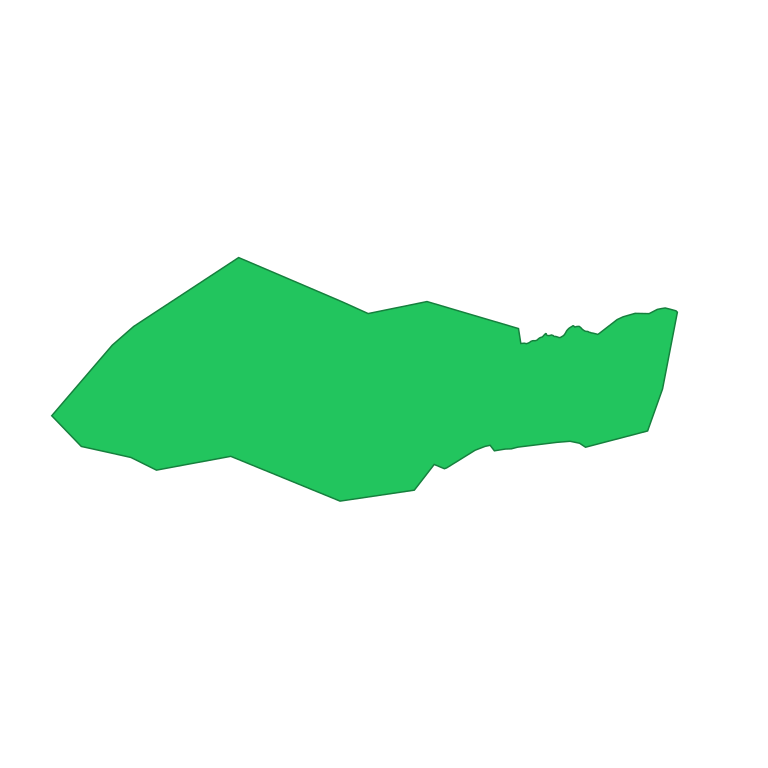 the district of Santa María Texcatitlán, Oaxaca, Mexico, rotated 225°
{"feature_id": "50627088B79643690823541", "entity_name": "Santa María Texcatitlán", "entity_type": "district", "adm_level": 2, "iso_a3": "MEX", "parent_name": "Mexico", "parent_adm1": "Oaxaca", "projection": "equal_earth", "projection_center": [-97.07, 17.719], "detail": "fine", "context": "isolated", "style": "filled", "palette": "green", "viewbox_px": 768, "rotation_deg": 225, "n_neighbors": 0, "source": "geoboundaries", "source_scale": "gbopen_adm2", "svg_char_len": 1623}
<svg xmlns="http://www.w3.org/2000/svg" viewBox="0 0 768 768"><g transform="rotate(225 384 384)"><path d="M164.4,537.2L183.5,577.4L227.3,642.2L229.3,642.2L234.6,639.2L238.9,636.6L241.1,633.6L243.5,630.0L246.3,621.2L256.4,611.5L262.4,600.7L264.7,594.4L267.6,571.5L268.0,570.1L269.1,569.6L270.6,568.7L272.4,567.6L273.4,566.8L274.8,566.2L275.6,565.6L276.7,565.4L277.1,565.2L278.0,564.4L278.9,563.7L280.5,563.2L281.9,563.0L283.1,562.9L283.9,563.0L284.6,563.0L285.7,562.9L286.6,562.8L287.3,562.2L287.8,561.6L288.6,560.6L289.0,559.8L289.4,559.2L289.7,559.1L290.6,559.2L291.2,559.1L291.6,558.7L291.8,557.6L292.2,556.2L292.6,554.2L292.6,552.1L292.4,550.5L291.9,548.9L291.5,547.3L291.3,546.0L291.4,544.6L291.8,543.1L292.2,541.6L293.0,540.6L294.0,540.2L295.6,539.4L296.5,538.8L297.0,538.2L297.5,537.9L298.6,537.9L299.4,537.5L300.2,537.1L300.9,535.9L301.5,534.9L302.5,534.1L303.1,533.8L304.1,533.6L304.7,533.8L304.9,534.2L305.3,534.0L305.4,533.5L305.4,532.9L305.4,531.6L305.3,530.1L305.4,529.0L306.1,527.8L306.6,526.4L306.8,524.6L306.8,523.4L307.2,522.4L307.5,521.8L307.9,521.3L308.9,520.4L309.6,519.5L310.3,517.9L310.4,516.7L310.8,515.2L311.8,513.2L313.6,512.1L315.9,509.4L328.1,518.3L411.9,472.7L445.0,422.6L471.5,412.6L524.9,391.2L576.2,370.6L601.7,247.7L603.6,219.3L601.2,187.6L596.5,126.6L553.9,125.8L529.8,141.2L511.0,153.1L484.0,162.2L466.6,187.6L441.2,224.5L332.3,270.1L287.5,330.4L291.6,362.6L281.4,366.8L280.4,368.9L272.7,401.7L268.4,411.4L265.6,415.7L258.7,414.8L252.3,423.7L248.1,428.2L244.8,433.9L220.5,465.0L211.9,475.1L203.8,480.4L196.8,481.8L164.4,537.2Z" fill="#22c55e" stroke="#15803d" stroke-width="1.5"/></g></svg>